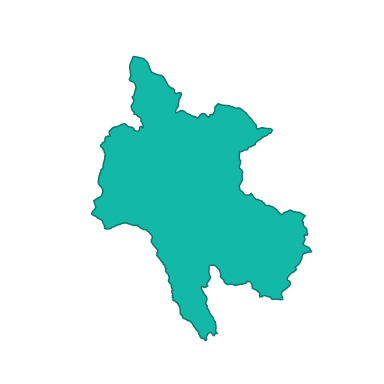 outline of Uberaba, Minas Gerais, Brazil, rotated 164°
{"feature_id": "56859067B69466182711417", "entity_name": "Uberaba", "entity_type": "district", "adm_level": 2, "iso_a3": "BRA", "parent_name": "Brazil", "parent_adm1": "Minas Gerais", "projection": "orthographic", "projection_center": [-47.989, -19.605], "detail": "fine", "context": "isolated", "style": "filled", "palette": "teal", "viewbox_px": 384, "rotation_deg": 164, "n_neighbors": 0, "source": "geoboundaries", "source_scale": "gbopen_adm2", "svg_char_len": 6009}
<svg xmlns="http://www.w3.org/2000/svg" viewBox="0 0 384 384"><g transform="rotate(164 192 192)"><path d="M189.3,312.7L190.5,312.8L195.5,316.2L197.7,318.5L198.3,319.8L199.0,328.7L201.5,333.1L203.0,334.4L204.3,334.9L207.0,336.6L210.7,338.4L211.9,337.8L213.5,335.1L216.0,332.3L217.2,330.0L218.4,324.2L218.5,320.5L220.8,318.3L221.2,317.2L220.8,315.8L218.0,314.0L216.9,312.0L217.0,308.1L221.1,300.9L223.2,299.9L223.3,298.4L222.3,296.6L223.4,294.7L226.8,291.3L227.0,290.2L227.0,287.4L226.4,286.2L225.6,285.4L226.1,283.6L226.1,282.5L224.2,282.1L223.1,279.5L221.3,278.0L220.8,276.6L221.5,274.2L220.7,271.4L220.7,268.0L221.4,267.2L222.7,268.9L223.6,269.2L224.5,268.3L225.7,265.7L226.7,265.2L227.6,265.2L229.9,266.6L230.5,267.6L230.4,268.8L231.4,270.5L234.6,272.0L235.6,272.8L237.3,275.7L238.1,276.2L240.7,276.4L246.2,275.3L249.0,275.9L249.8,275.5L251.0,275.4L253.1,273.8L254.6,273.3L255.1,272.3L255.2,268.3L258.2,269.0L260.2,268.3L261.3,266.5L261.6,264.9L262.5,264.3L264.5,264.0L265.0,263.1L266.8,262.4L267.2,261.3L266.8,260.2L265.5,258.3L265.8,257.2L265.2,256.7L265.1,255.6L265.4,254.7L265.0,252.3L265.2,251.3L265.9,250.8L266.4,248.9L267.8,245.9L268.9,244.8L269.5,243.1L270.1,242.5L270.3,240.9L270.8,240.0L271.7,239.2L273.5,238.4L273.5,237.4L274.2,236.3L275.7,234.9L275.8,233.6L276.7,233.4L279.5,227.1L279.5,225.3L277.4,220.7L277.5,217.2L278.1,215.9L279.8,213.5L282.0,212.5L284.4,212.1L288.8,210.7L288.9,209.2L288.5,205.5L288.9,203.7L290.1,202.1L292.7,200.9L294.2,199.4L294.3,198.4L293.8,197.4L290.8,194.7L289.4,192.6L286.8,190.2L286.0,188.1L285.9,186.0L285.4,183.9L286.0,181.2L284.0,179.8L280.8,179.3L278.1,180.3L275.8,180.0L274.0,180.9L269.8,180.7L267.8,181.3L263.0,180.1L262.1,179.0L259.5,177.7L259.0,176.9L258.1,176.3L257.1,175.8L256.1,175.8L253.4,175.0L253.1,174.0L250.5,170.5L249.5,170.2L249.0,169.3L245.8,168.1L245.9,167.0L244.5,165.6L244.0,164.6L243.4,162.8L242.5,161.3L242.7,160.5L242.5,159.7L243.3,157.8L244.2,157.4L244.8,155.3L244.1,152.5L243.3,151.0L242.4,148.5L241.5,147.1L240.9,145.4L241.5,143.8L242.3,143.3L243.2,140.9L242.7,139.1L241.6,137.7L241.7,136.6L241.0,135.6L240.6,133.7L239.9,133.1L239.3,131.6L239.7,130.8L238.6,129.1L238.2,127.8L238.7,126.8L238.0,125.1L238.9,124.2L239.1,123.1L238.3,120.7L237.5,119.7L237.5,115.7L239.0,113.7L239.1,112.2L237.6,108.9L237.5,107.8L238.0,106.8L238.0,105.7L237.5,103.8L238.7,102.6L238.9,100.1L238.7,98.9L239.5,98.0L239.3,97.0L240.0,96.3L239.3,95.5L240.2,93.6L239.7,92.7L238.4,91.8L236.3,88.4L236.3,87.5L235.5,85.2L235.7,82.6L236.8,78.3L235.3,74.9L235.6,74.0L234.6,72.3L232.2,71.0L231.8,69.6L230.7,69.4L230.0,68.8L228.0,65.9L227.5,63.0L226.2,59.9L226.1,58.8L224.3,55.6L224.5,53.8L224.1,51.8L224.1,50.8L223.6,50.1L223.4,48.8L221.2,48.0L220.2,45.7L219.3,45.6L218.5,46.2L218.3,48.5L217.4,49.7L215.9,51.2L214.1,52.0L212.9,52.0L212.0,51.2L211.1,48.2L210.3,47.8L208.9,49.2L208.1,49.6L206.9,49.1L207.7,51.9L206.5,54.4L205.7,57.7L205.8,58.9L205.4,59.9L205.5,61.0L206.1,62.2L206.5,66.2L207.5,68.0L208.2,70.4L208.3,72.4L209.1,75.7L209.3,77.2L208.8,78.4L209.6,81.3L207.5,84.0L207.1,85.1L207.0,87.1L207.5,88.9L208.2,89.9L209.8,96.8L209.1,98.4L208.3,98.4L206.7,97.0L205.6,96.7L202.9,97.1L202.6,98.1L203.1,98.7L203.3,99.7L199.1,103.1L197.7,104.8L198.1,109.4L196.3,115.3L195.6,116.2L194.7,116.7L190.8,115.4L189.9,114.7L188.5,112.5L187.1,109.4L186.9,107.5L186.9,106.0L187.8,103.2L187.9,101.9L185.8,99.0L185.7,96.2L183.9,93.6L183.0,93.1L181.1,93.1L178.8,92.3L176.9,90.7L174.9,90.1L172.0,90.1L169.3,89.5L165.3,89.5L164.4,90.0L163.9,90.8L163.1,90.9L160.9,89.5L160.4,88.6L159.7,86.3L160.5,82.9L157.0,79.6L154.4,75.5L155.6,73.9L155.7,72.6L153.9,72.0L152.9,72.5L149.9,72.4L149.3,71.5L146.1,69.6L144.5,66.7L140.3,65.9L136.5,64.0L134.6,63.8L134.1,64.6L134.3,68.9L134.1,69.8L133.5,70.7L130.7,72.3L128.5,72.9L125.8,74.2L123.6,75.4L123.0,76.3L122.4,77.9L123.2,79.7L124.6,81.1L124.6,82.3L124.0,83.3L120.1,86.0L118.1,86.9L116.2,87.1L113.6,88.3L113.1,88.9L113.3,91.2L108.9,93.3L104.8,97.8L104.0,99.7L102.6,101.4L101.7,102.0L100.9,102.5L99.9,101.8L97.7,102.2L96.4,102.2L94.4,101.5L93.5,101.8L94.5,105.5L95.1,106.5L99.0,110.0L99.6,111.6L97.0,114.3L96.6,115.1L96.2,119.2L95.4,119.7L94.4,119.1L93.3,118.8L92.3,119.7L92.7,120.6L92.0,125.3L93.3,127.2L94.1,129.1L94.1,130.4L93.2,132.3L94.0,133.3L94.1,134.2L91.5,136.8L89.7,137.9L92.8,141.0L93.8,142.5L95.6,143.3L96.4,143.3L98.6,144.8L100.4,145.1L100.9,146.1L102.5,147.5L103.2,147.6L105.6,147.0L109.3,146.8L111.2,145.5L112.1,145.6L113.5,147.0L113.7,148.0L115.0,149.6L115.0,150.6L115.4,151.5L118.4,155.4L120.9,157.0L121.4,157.8L123.6,158.1L124.4,158.5L125.6,160.0L125.6,161.0L126.8,162.5L127.3,164.1L129.0,165.0L130.6,166.5L132.4,167.2L133.6,168.8L135.5,174.3L137.0,173.5L138.0,173.4L139.1,173.5L141.4,174.2L142.8,175.9L143.3,178.1L145.3,180.7L145.0,184.6L144.6,185.3L143.9,185.8L140.3,189.6L139.8,190.8L139.8,192.4L139.3,193.5L139.3,195.1L138.5,195.7L137.8,197.5L138.3,199.4L139.6,201.5L139.6,202.7L139.4,203.7L138.3,205.1L136.6,208.7L137.4,210.3L137.2,211.4L135.7,216.2L135.1,217.2L131.9,217.3L129.7,218.1L127.5,217.3L126.5,217.8L125.2,219.3L124.2,219.5L123.2,219.2L121.4,219.9L120.2,219.7L118.1,220.3L117.9,221.3L115.0,223.1L113.2,223.6L112.2,223.6L110.3,224.3L109.3,225.1L104.4,225.8L103.2,226.7L100.0,227.0L98.3,228.6L97.7,229.7L99.4,231.4L102.7,232.4L107.0,234.6L111.7,234.4L112.3,235.2L112.4,236.2L111.9,238.1L112.1,239.4L113.3,241.3L115.0,246.2L117.2,250.2L118.4,253.2L121.9,258.3L123.8,259.9L126.5,260.3L132.3,264.6L139.1,267.2L142.7,269.7L146.6,267.1L148.0,263.3L149.5,261.7L151.1,260.6L152.1,261.2L153.2,261.2L153.6,260.4L155.6,259.3L158.2,263.5L159.8,264.5L162.0,264.3L165.8,261.6L166.8,262.0L167.6,263.0L171.2,265.3L173.1,267.3L175.6,269.0L177.0,271.5L178.9,272.9L181.0,273.4L184.6,272.3L185.8,272.4L185.6,273.7L184.7,275.6L182.0,277.7L179.1,284.2L176.7,286.6L175.0,289.3L175.1,290.1L175.8,290.5L176.7,290.9L179.2,290.9L181.0,291.5L181.4,292.2L180.8,294.7L181.1,295.7L182.0,297.2L183.0,297.4L183.6,298.1L185.7,301.4L186.0,303.6L187.4,309.2L187.9,310.1L188.1,311.0L189.3,312.7Z" fill="#14b8a6" stroke="#0f766e" stroke-width="1.5"/></g></svg>